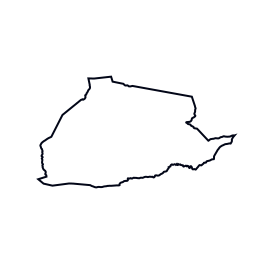 Maraita, Francisco Morazán, Honduras, rotated 74°
{"feature_id": "27666195B63042217012253", "entity_name": "Maraita", "entity_type": "district", "adm_level": 2, "iso_a3": "HND", "parent_name": "Honduras", "parent_adm1": "Francisco Morazán", "projection": "equal_earth", "projection_center": [-87.016, 13.873], "detail": "fine", "context": "isolated", "style": "outline", "palette": "ink", "viewbox_px": 256, "rotation_deg": 74, "n_neighbors": 0, "source": "geoboundaries", "source_scale": "gbopen_adm2", "svg_char_len": 5628}
<svg xmlns="http://www.w3.org/2000/svg" viewBox="0 0 256 256"><g transform="rotate(74 128 128)"><path d="M181.1,53.8L180.8,53.7L180.0,53.4L179.5,53.3L179.0,53.1L178.3,52.5L173.5,47.5L173.4,47.3L173.3,47.0L172.2,45.7L171.9,45.2L171.4,44.3L171.0,42.8L170.8,42.2L170.8,41.6L170.4,39.4L170.4,38.6L170.6,37.4L170.7,36.5L170.7,35.7L170.9,34.3L171.0,34.0L171.2,33.8L171.2,33.6L170.1,32.4L169.5,31.9L168.8,31.6L167.8,31.4L167.4,31.1L166.1,29.9L165.3,28.8L164.5,27.6L164.5,27.8L164.4,28.2L164.2,28.5L164.0,29.5L164.0,30.1L164.1,30.8L164.3,32.0L164.3,32.6L164.1,33.5L163.8,34.9L163.2,36.5L163.0,37.0L162.4,38.0L162.3,38.7L162.5,39.5L162.5,40.2L162.5,40.6L162.4,41.1L162.4,41.6L162.5,42.0L162.7,42.5L162.8,42.9L162.9,43.4L162.9,43.8L162.8,44.4L161.9,46.7L161.9,48.9L161.7,49.8L161.6,50.8L161.5,51.4L161.5,51.9L161.7,52.4L161.9,53.0L162.2,53.5L162.2,54.0L162.3,54.3L147.7,61.8L147.3,62.6L146.6,64.1L146.5,64.3L145.9,64.7L145.2,64.7L144.8,65.0L144.5,65.2L144.0,65.8L143.4,66.5L143.0,66.8L142.4,66.9L141.9,67.2L141.6,67.6L141.1,68.5L140.7,69.2L139.5,69.9L139.1,70.3L138.9,70.5L138.7,70.5L138.6,70.4L138.5,70.2L138.7,68.9L138.9,67.9L139.1,67.3L139.0,66.7L138.9,66.0L138.6,65.5L138.3,65.1L137.9,64.7L136.6,64.0L136.3,63.7L136.0,62.5L135.9,61.8L135.5,60.8L135.3,60.3L135.1,60.1L134.8,59.9L134.7,59.9L134.4,60.0L133.3,60.3L132.9,60.3L132.6,60.3L130.8,59.0L129.2,58.5L128.6,58.2L128.0,57.7L127.6,57.6L126.2,57.7L125.4,57.6L115.5,58.0L88.8,112.1L88.7,113.5L88.7,114.2L88.5,114.8L88.3,115.4L88.1,115.8L87.6,116.1L87.1,116.5L86.8,116.9L86.6,118.3L86.3,119.0L85.8,119.4L85.0,119.9L84.3,120.2L79.2,130.0L74.0,130.1L71.1,147.1L69.4,152.4L76.0,152.9L76.3,153.1L77.1,153.1L77.9,153.2L78.4,153.3L79.1,153.6L79.4,153.8L80.0,154.5L80.7,155.7L81.8,156.6L82.2,157.0L82.6,157.3L83.2,158.2L84.1,158.8L84.4,159.0L84.5,159.4L84.7,160.0L84.8,160.1L85.1,160.2L85.6,160.2L86.7,160.4L86.9,160.5L87.1,160.6L87.5,161.1L87.9,161.5L88.2,162.2L88.4,163.2L88.3,163.3L88.3,163.5L88.1,163.6L87.9,163.7L87.9,164.1L88.0,164.8L88.0,165.4L97.4,187.4L115.3,204.1L115.5,205.0L115.6,205.8L115.8,207.1L116.2,208.6L117.2,211.5L117.3,212.1L118.0,214.0L118.7,215.3L120.0,216.6L120.5,217.0L121.0,217.1L122.3,217.0L123.3,217.0L124.0,216.9L124.3,216.6L124.6,216.6L125.8,216.5L126.6,216.5L126.9,216.6L127.4,217.1L127.7,217.1L128.4,217.1L129.0,217.2L129.5,217.4L129.8,217.6L130.5,218.5L130.9,218.7L131.3,218.8L131.5,218.7L131.9,218.4L132.1,218.2L132.5,218.1L133.2,218.8L133.7,219.3L134.7,219.1L135.1,219.1L136.6,219.8L137.7,220.2L138.1,220.2L139.2,219.8L139.6,219.8L139.8,220.0L140.1,220.5L140.3,220.6L141.1,220.7L141.7,220.6L142.3,220.9L142.7,220.9L143.1,220.8L144.2,220.7L144.9,220.4L146.4,219.4L147.2,219.2L147.5,219.2L148.1,219.4L148.5,219.5L149.2,220.1L149.4,220.2L149.6,220.2L149.9,220.2L150.8,219.6L151.4,219.6L151.7,219.7L152.3,219.8L152.5,228.4L158.2,224.5L162.6,216.5L165.1,199.9L165.5,198.8L165.6,198.2L165.8,197.7L166.4,195.9L172.5,180.1L173.8,178.8L174.5,177.7L175.7,176.2L176.1,175.4L176.3,175.0L176.4,174.3L176.4,173.2L176.5,172.6L176.8,171.7L177.1,171.0L177.5,169.7L177.6,169.0L177.6,167.1L177.8,165.9L178.0,164.8L178.0,163.7L178.2,163.1L178.4,161.8L179.0,159.8L180.0,154.9L180.4,153.5L180.7,152.5L180.6,152.1L180.5,151.8L180.3,151.8L179.8,151.7L179.6,151.6L179.4,151.4L178.8,150.6L178.7,150.2L178.6,149.9L178.5,149.4L178.6,148.6L178.5,147.7L178.0,146.4L178.2,144.7L178.5,143.7L178.5,143.3L178.4,142.9L178.2,142.6L177.9,142.4L177.3,142.3L176.9,142.3L176.7,142.2L176.4,141.9L176.6,141.4L176.9,140.9L177.0,140.6L177.1,140.1L177.0,139.9L176.9,139.7L177.1,139.0L177.5,138.5L177.7,138.2L177.7,137.8L177.4,136.6L177.4,136.3L177.5,135.9L177.6,135.7L177.8,135.4L178.1,134.1L178.4,133.5L178.8,132.7L179.4,131.0L179.4,130.6L179.3,130.0L179.3,129.5L179.5,128.8L179.8,128.0L179.9,127.6L179.9,127.3L179.7,125.7L179.7,125.0L179.8,124.4L180.2,123.3L180.6,122.6L180.7,122.0L180.8,120.4L180.9,120.2L181.1,119.8L181.3,119.3L181.4,119.0L181.5,118.4L181.6,118.0L181.7,117.7L182.2,117.5L182.5,117.1L182.6,116.9L182.6,116.7L182.5,116.4L182.3,116.0L181.9,115.5L181.4,115.2L181.2,115.0L181.2,114.7L181.2,114.3L181.3,113.9L181.5,113.4L181.9,112.8L182.0,112.4L182.1,111.8L182.1,111.2L182.0,110.7L181.4,109.3L181.2,107.8L181.0,107.1L180.7,106.6L180.5,106.2L180.1,105.8L180.0,105.4L180.0,105.2L180.2,103.7L180.2,103.3L180.1,102.8L179.7,102.2L178.8,101.4L178.5,101.0L178.2,100.5L178.0,100.2L177.8,100.0L177.3,99.9L177.0,99.6L176.9,99.3L176.8,98.8L176.7,98.9L176.6,98.4L176.5,98.1L176.0,97.5L175.5,97.0L175.3,96.7L175.2,96.3L175.1,95.8L175.2,95.6L175.7,95.1L175.8,95.0L175.8,94.4L175.7,93.4L175.7,93.1L176.0,92.7L176.4,92.2L176.6,92.1L176.5,91.9L176.3,91.4L176.2,91.2L176.9,91.1L177.1,90.8L177.3,90.4L177.2,90.1L176.9,89.8L176.6,89.6L177.3,88.9L177.4,88.0L177.5,87.7L178.0,87.5L178.2,87.3L178.8,86.0L178.9,85.6L179.2,85.5L180.0,85.5L180.3,85.3L180.4,85.1L180.4,84.9L180.2,83.3L180.2,82.8L180.3,82.5L180.5,82.3L180.7,82.2L180.9,82.2L181.1,82.0L181.1,81.8L180.8,81.3L181.0,80.9L181.2,80.7L181.4,80.5L182.1,80.3L182.8,80.3L183.2,80.1L183.4,79.9L183.4,79.6L183.1,79.2L182.9,79.1L182.3,78.9L182.1,78.7L182.0,78.4L182.1,78.0L182.2,77.9L182.4,77.8L183.2,77.5L184.7,77.5L185.1,77.4L185.3,77.3L185.5,77.1L185.7,76.9L185.7,76.1L185.7,75.7L186.0,75.2L186.5,74.7L186.6,74.4L186.5,74.1L185.9,73.3L184.6,71.3L183.9,70.4L183.6,70.0L183.5,69.7L183.4,69.4L183.5,69.2L183.6,68.9L184.0,68.2L184.1,67.8L184.0,67.4L183.7,66.9L183.1,65.5L182.8,64.9L182.4,64.6L182.4,64.2L182.5,63.6L182.7,63.0L182.7,62.7L182.6,62.4L182.3,62.2L182.0,61.9L181.8,61.7L181.7,61.4L181.7,60.7L181.8,58.9L181.8,58.2L181.7,57.8L181.4,56.5L181.3,56.2L181.5,54.7L181.6,54.1L181.4,53.9L181.1,53.8Z" fill="none" stroke="#020617" stroke-width="2"/></g></svg>